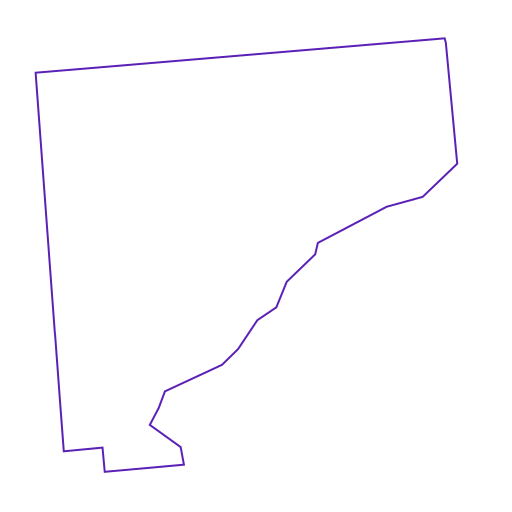 the district of Warren, Indiana, United States of America, rotated 355°
{"feature_id": "52423323B12538160234117", "entity_name": "Warren", "entity_type": "district", "adm_level": 2, "iso_a3": "USA", "parent_name": "United States of America", "parent_adm1": "Indiana", "projection": "robinson", "projection_center": [-87.371, 40.302], "detail": "fine", "context": "isolated", "style": "outline", "palette": "violet", "viewbox_px": 512, "rotation_deg": 355, "n_neighbors": 0, "source": "geoboundaries", "source_scale": "gbopen_adm2", "svg_char_len": 497}
<svg xmlns="http://www.w3.org/2000/svg" viewBox="0 0 512 512"><g transform="rotate(355 256 256)"><path d="M462.9,55.6L52.5,54.2L52.4,55.7L52.2,71.2L48.9,315.4L49.0,316.2L48.1,383.4L47.9,400.3L47.8,408.5L47.5,433.8L86.4,433.5L86.5,457.8L166.0,457.6L164.3,439.8L135.5,415.0L145.8,399.0L153.5,382.9L212.7,361.4L230.0,347.2L251.8,320.0L271.8,308.9L284.4,284.3L315.1,259.5L318.8,248.3L390.5,218.3L427.2,211.6L464.5,181.6L463.7,60.2L462.9,55.6Z" fill="none" stroke="#5b21b6" stroke-width="2"/></g></svg>